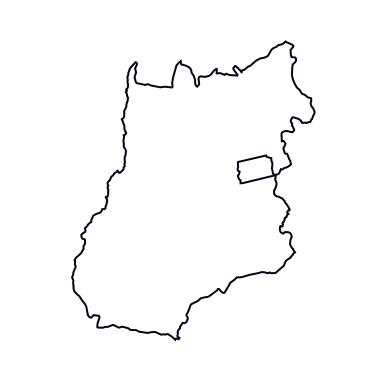 the border of Goiás, rotated 346°
{"feature_id": "BRA-1294", "entity_name": "Goiás", "entity_type": "State", "adm_level": 1, "iso_a3": "BRA", "parent_name": "Brazil", "parent_adm1": "", "projection": "albers", "projection_center": [-49.017, -15.943], "detail": "fine", "context": "isolated", "style": "outline", "palette": "ink", "viewbox_px": 384, "rotation_deg": 346, "n_neighbors": 0, "source": "natural_earth", "source_scale": "10m", "svg_char_len": 5964}
<svg xmlns="http://www.w3.org/2000/svg" viewBox="0 0 384 384"><g transform="rotate(346 192 192)"><path d="M319.7,69.3L324.8,73.3L325.7,74.6L325.3,75.7L322.0,78.0L321.1,82.8L321.2,85.1L324.7,86.5L325.0,87.0L325.1,88.3L324.5,90.1L322.9,91.4L320.7,92.5L319.6,94.9L317.3,102.4L317.1,106.1L317.6,110.7L319.0,115.9L321.0,118.8L322.6,123.4L325.1,125.1L327.2,128.1L330.3,129.9L329.7,132.6L328.6,134.5L328.5,136.3L328.8,138.0L329.9,140.5L330.3,144.0L329.7,145.5L328.1,147.3L326.1,150.3L325.0,150.8L324.0,152.4L323.3,152.7L322.2,152.4L320.0,152.8L318.6,152.0L315.7,151.7L314.8,149.0L313.0,146.8L308.5,144.1L307.4,143.9L305.4,146.2L304.9,147.3L305.0,148.5L305.8,149.8L305.0,151.9L305.8,153.2L305.8,154.4L306.2,156.3L306.1,156.7L305.4,157.4L304.4,158.0L303.5,158.2L299.0,155.8L297.7,155.5L295.2,155.6L293.5,156.4L292.9,157.4L291.5,164.0L291.5,164.5L292.8,164.4L293.2,164.6L294.3,167.2L294.3,167.8L292.8,170.1L291.6,171.1L291.2,172.0L291.4,176.7L292.2,177.6L293.5,177.9L293.7,178.3L294.2,183.4L294.8,185.3L294.8,189.1L291.9,190.5L289.6,191.1L287.4,191.0L285.6,191.9L284.7,191.9L283.7,191.3L282.2,193.6L280.2,195.5L278.3,195.4L277.1,195.9L276.9,197.2L275.7,200.1L276.2,203.3L276.1,204.1L275.3,206.2L273.6,208.9L272.0,210.4L271.2,213.9L271.9,215.2L273.1,216.7L275.2,217.7L278.2,220.4L279.6,223.2L280.2,225.9L281.0,227.2L282.1,230.6L282.5,232.9L281.9,233.4L280.8,233.3L279.8,234.2L279.4,235.1L280.2,236.7L279.5,236.9L278.4,237.7L277.5,239.3L276.5,239.3L275.6,239.9L275.5,240.6L275.1,240.7L275.1,241.5L274.8,241.9L273.8,243.1L273.2,243.1L272.2,244.4L272.4,245.4L271.5,246.5L271.6,247.1L271.0,247.3L269.7,246.6L269.2,246.7L268.3,249.0L268.1,251.6L268.4,252.5L270.2,254.4L270.8,254.5L271.8,253.6L273.0,253.4L273.9,253.9L275.2,254.1L276.5,254.8L277.1,255.3L277.8,256.6L278.0,258.1L277.9,259.9L276.8,260.9L275.8,262.6L274.5,266.4L274.8,268.4L275.6,270.8L276.3,271.7L276.3,272.6L277.4,275.5L275.2,276.4L274.7,277.3L273.6,277.8L272.8,278.7L272.1,278.8L271.8,279.5L267.0,281.2L266.1,281.8L263.3,285.7L253.4,290.8L249.5,290.0L248.5,289.5L248.1,288.9L245.7,289.1L243.9,287.9L240.6,286.6L236.6,286.7L227.3,286.3L219.7,286.7L214.7,285.7L212.2,287.3L207.1,289.4L205.5,291.3L199.4,297.4L198.8,297.7L197.8,297.4L195.9,295.2L194.8,292.7L193.7,292.4L192.2,293.7L183.1,297.4L181.7,297.6L179.4,297.3L174.9,297.2L171.4,299.1L164.5,300.6L163.5,301.1L158.8,307.8L156.9,309.7L156.8,310.5L157.5,313.0L157.2,314.2L156.6,314.6L155.3,316.7L153.8,317.3L152.9,317.4L151.3,316.8L150.6,317.2L149.7,318.4L147.9,319.7L147.4,321.3L145.4,322.7L144.3,324.1L143.8,326.7L143.0,328.0L143.0,328.7L144.5,330.7L143.4,331.6L141.7,330.6L140.9,330.4L140.3,330.6L140.0,331.2L137.2,327.1L134.3,324.1L133.3,323.8L131.5,323.9L129.9,323.2L127.5,322.9L122.4,318.9L118.3,318.1L116.7,318.2L114.5,317.9L107.0,314.8L104.4,312.5L98.9,310.9L97.4,309.0L92.4,306.1L91.4,305.8L89.0,306.0L87.8,305.7L84.5,302.7L83.0,301.8L78.0,302.5L75.2,302.0L72.6,302.1L68.5,301.0L67.5,300.4L67.6,299.3L68.9,296.1L71.7,291.8L72.1,290.3L71.5,289.5L67.0,287.8L66.2,288.0L64.2,289.4L63.4,289.5L62.1,288.4L61.5,287.2L61.2,285.9L61.7,278.1L61.1,275.0L59.0,270.3L57.6,266.0L56.3,264.3L54.2,260.7L53.8,259.5L53.7,257.2L54.0,255.3L54.4,254.8L54.4,252.8L55.0,250.4L55.5,249.3L55.0,246.1L55.1,245.5L56.6,243.8L57.4,241.4L59.5,238.4L60.2,237.8L61.0,236.4L61.1,235.7L60.9,234.2L61.8,230.4L61.5,229.7L63.6,227.7L69.4,224.7L73.0,220.9L73.5,218.5L75.9,216.1L76.5,212.0L74.7,211.0L74.1,210.3L73.9,208.6L74.3,206.7L76.1,205.7L78.9,204.7L79.4,203.8L79.2,201.8L79.4,201.2L82.5,199.5L82.7,198.8L83.2,198.4L85.8,197.0L86.8,196.9L87.8,194.5L89.5,192.5L89.9,191.6L90.7,191.0L93.4,190.2L98.2,189.7L100.3,187.9L100.6,187.0L101.6,187.0L102.5,187.4L103.8,187.1L104.2,186.6L104.5,185.3L105.9,183.6L107.8,179.4L107.7,178.4L107.0,176.6L107.3,176.0L108.2,176.5L108.7,176.2L110.1,174.0L110.6,171.4L111.4,169.8L111.1,168.0L111.4,166.6L112.4,165.7L112.0,163.5L112.3,162.8L113.9,161.3L115.1,160.7L117.4,157.7L119.7,156.6L121.2,155.0L123.5,154.4L124.7,153.4L125.2,154.0L125.6,155.5L126.4,155.8L127.2,155.7L130.2,154.1L131.1,153.2L131.6,151.6L133.0,150.6L133.3,148.0L134.2,147.3L134.3,144.9L135.3,141.5L136.4,140.3L137.9,136.0L137.8,134.8L136.7,131.3L137.7,128.3L137.6,126.9L138.1,124.9L139.6,121.7L139.4,120.4L141.6,119.9L142.4,118.8L142.4,118.0L141.9,117.1L141.7,114.1L142.2,112.4L142.4,110.3L141.9,108.6L141.9,106.1L141.5,104.4L143.0,103.8L144.2,102.8L145.2,99.9L145.7,97.1L149.0,93.3L149.5,91.1L151.6,88.0L152.7,85.1L152.3,83.7L152.5,80.9L152.0,79.0L153.4,78.0L153.4,77.5L152.9,76.8L153.1,76.5L154.8,75.3L155.5,74.1L156.1,71.3L155.9,69.9L156.6,68.4L157.3,64.3L158.4,63.3L159.1,60.8L160.6,59.1L160.9,58.0L161.9,57.3L162.1,56.8L168.6,52.4L169.4,53.1L169.6,53.9L169.4,55.0L166.7,58.3L166.7,62.4L164.5,65.9L164.0,67.1L164.1,71.8L164.6,72.9L172.5,76.8L174.9,76.7L175.7,77.0L177.9,78.7L186.7,82.8L191.2,83.3L197.7,85.7L198.2,85.6L198.6,85.0L199.2,81.2L201.5,76.0L207.6,65.4L210.6,63.3L212.7,62.3L212.4,64.7L212.6,65.6L215.8,67.4L218.3,69.3L219.7,70.9L220.7,73.1L220.5,76.3L221.8,79.7L222.1,84.2L221.4,87.3L221.4,88.8L221.8,90.2L222.5,91.0L224.2,90.0L225.0,89.2L225.9,83.2L226.5,82.3L228.2,81.9L232.8,83.5L236.5,83.4L238.8,82.6L242.6,79.6L244.9,78.5L245.6,78.5L245.8,79.0L244.9,81.7L244.6,82.7L244.8,83.0L246.4,83.1L248.4,83.6L251.9,86.2L252.4,86.2L253.1,85.6L253.6,85.5L256.8,87.6L264.0,90.0L264.3,89.9L264.4,89.2L261.8,82.6L262.3,81.6L264.2,80.1L264.8,80.2L265.6,81.8L266.8,83.0L267.1,84.3L268.4,85.8L268.8,87.5L269.1,87.8L270.1,86.2L272.7,85.9L276.8,83.9L278.7,83.8L286.1,80.0L290.7,78.9L294.4,79.2L298.2,78.5L299.2,77.7L303.3,73.4L305.4,72.2L309.4,71.4L311.0,70.5L314.8,70.4L316.6,70.0L319.2,68.6L319.7,69.3ZM276.9,195.4L275.3,194.3L275.0,193.3L275.3,191.0L275.2,188.5L276.7,184.7L277.0,182.9L276.6,181.1L277.1,178.3L273.2,176.2L272.8,175.4L272.7,174.5L244.0,174.0L243.6,174.5L242.8,179.0L241.9,180.3L241.7,182.0L242.0,182.7L243.1,183.7L242.0,186.1L240.3,187.4L240.8,191.3L241.9,192.4L241.2,195.3L243.8,195.7L277.1,195.9L276.9,195.4Z" fill="none" stroke="#020617" stroke-width="2"/></g></svg>